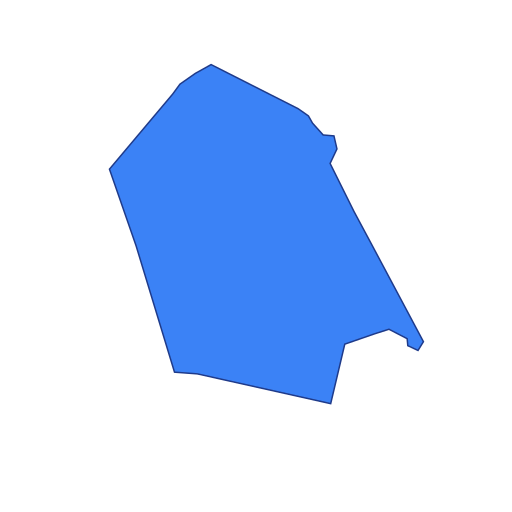 Madeinat Kassala, Kassala, Sudan, rotated 318°
{"feature_id": "16777658B62122659764533", "entity_name": "Madeinat Kassala", "entity_type": "district", "adm_level": 2, "iso_a3": "SDN", "parent_name": "Sudan", "parent_adm1": "Kassala", "projection": "equal_earth", "projection_center": [36.396, 15.436], "detail": "fine", "context": "isolated", "style": "filled", "palette": "blue", "viewbox_px": 512, "rotation_deg": 318, "n_neighbors": 0, "source": "geoboundaries", "source_scale": "gbopen_adm2", "svg_char_len": 490}
<svg xmlns="http://www.w3.org/2000/svg" viewBox="0 0 512 512"><g transform="rotate(318 256 256)"><path d="M212.7,415.7L263.0,380.9L292.1,393.2L305.8,399.4L313.0,418.6L308.8,424.2L313.2,434.6L323.1,431.7L349.6,325.1L358.6,288.5L373.0,236.8L387.8,230.6L394.3,218.9L386.9,211.0L386.9,195.1L388.7,187.0L385.9,174.8L350.7,83.7L333.2,79.7L314.5,77.4L302.5,79.9L205.2,93.4L173.7,168.2L117.7,287.8L133.5,304.3L151.0,328.9L212.7,415.7Z" fill="#3b82f6" stroke="#1e3a8a" stroke-width="1.5"/></g></svg>